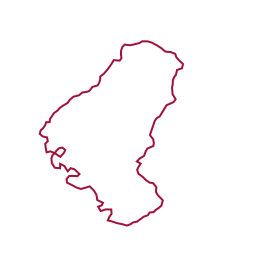 outline of São Jorge, Rio Grande do Sul, Brazil, rotated 304°
{"feature_id": "56859067B70326013254497", "entity_name": "São Jorge", "entity_type": "district", "adm_level": 2, "iso_a3": "BRA", "parent_name": "Brazil", "parent_adm1": "Rio Grande do Sul", "projection": "equal_earth", "projection_center": [-51.726, -28.505], "detail": "fine", "context": "isolated", "style": "outline", "palette": "rose", "viewbox_px": 256, "rotation_deg": 304, "n_neighbors": 0, "source": "geoboundaries", "source_scale": "gbopen_adm2", "svg_char_len": 1819}
<svg xmlns="http://www.w3.org/2000/svg" viewBox="0 0 256 256"><g transform="rotate(304 128 128)"><path d="M66.2,81.3L62.9,80.6L59.8,81.6L56.3,84.6L54.1,89.4L56.6,94.2L60.4,91.8L60.9,96.6L58.4,102.3L62.6,102.9L63.8,106.9L62.7,113.5L59.8,113.0L57.9,109.8L55.4,106.1L51.3,105.6L48.6,108.0L49.4,113.9L49.9,118.9L51.1,123.0L54.7,126.1L58.2,128.9L57.1,134.6L55.1,139.0L51.1,142.8L52.0,149.1L49.2,149.5L46.1,147.3L43.9,151.8L48.1,155.1L51.1,159.7L47.7,162.3L43.4,162.3L40.1,162.9L41.7,167.3L42.9,171.9L45.0,176.8L46.5,181.6L49.5,183.8L52.5,185.0L55.3,187.8L59.2,189.2L63.2,190.6L66.7,193.2L70.1,193.2L72.5,196.2L75.6,196.8L79.3,198.3L82.3,199.1L87.5,197.3L88.3,193.7L89.0,190.2L90.7,186.8L94.8,184.6L96.3,179.5L94.8,176.4L94.8,172.2L95.7,167.7L95.9,162.3L98.4,159.0L101.1,158.5L105.6,158.4L105.2,154.1L109.3,154.8L113.9,156.9L118.7,155.7L121.9,155.6L127.2,159.1L130.2,157.7L132.7,155.2L134.4,150.1L149.0,146.2L152.1,146.3L155.4,147.8L168.5,147.2L172.3,149.7L175.2,151.4L178.5,151.4L181.0,146.0L186.0,142.0L189.3,140.6L192.5,138.6L195.8,137.8L198.9,138.0L203.6,136.2L207.7,139.4L211.8,137.8L212.7,132.3L213.7,128.4L215.9,125.8L214.8,120.9L212.2,116.1L212.8,111.1L212.7,106.0L212.1,100.0L210.9,96.0L207.9,91.4L204.9,90.0L201.5,87.0L197.8,83.5L195.3,78.6L192.0,78.0L188.3,79.0L185.3,80.8L182.3,83.5L179.2,83.4L176.3,78.3L171.3,78.5L165.1,78.3L159.4,77.6L155.2,76.2L152.3,78.0L149.3,78.8L146.3,79.0L142.1,75.5L137.2,75.3L134.2,73.0L132.0,70.3L127.7,69.1L123.5,65.3L119.0,64.0L114.9,63.9L110.8,61.9L106.5,60.2L102.6,59.7L99.0,58.3L95.5,58.3L92.0,58.3L89.0,59.7L87.0,56.9L83.8,57.8L80.1,57.7L77.3,56.9L73.8,58.1L73.3,61.9L74.9,66.1L72.2,68.9L68.7,68.2L65.1,71.3L62.3,74.1L65.2,76.7L66.2,81.3ZM66.2,81.3L69.2,81.4L72.7,82.1L75.0,84.4L74.7,88.2L71.8,88.8L66.2,88.0L66.2,81.3Z" fill="none" stroke="#9f1239" stroke-width="2"/></g></svg>